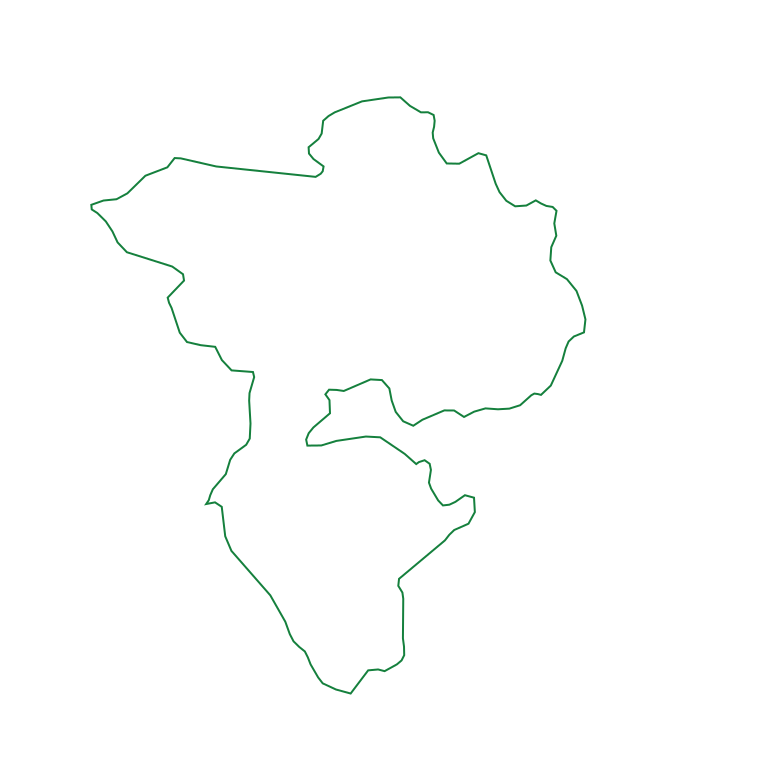 SVG path tracing the border of Bauchi, rotated 161°
{"feature_id": "NGA-2858", "entity_name": "Bauchi", "entity_type": "State", "adm_level": 1, "iso_a3": "NGA", "parent_name": "Nigeria", "parent_adm1": "", "projection": "albers", "projection_center": [9.972, 11.0], "detail": "fine", "context": "isolated", "style": "outline", "palette": "green", "viewbox_px": 768, "rotation_deg": 161, "n_neighbors": 0, "source": "natural_earth", "source_scale": "10m", "svg_char_len": 2278}
<svg xmlns="http://www.w3.org/2000/svg" viewBox="0 0 768 768"><g transform="rotate(161 384 384)"><path d="M589.5,648.8L576.8,645.8L564.6,647.8L541.8,658.6L518.3,659.4L508.4,665.8L502.7,663.5L471.8,644.3L381.2,602.1L375.4,603.4L372.7,605.1L370.3,609.4L377.4,619.6L379.9,626.3L378.2,632.4L366.1,637.0L361.4,641.1L355.8,652.7L349.2,655.4L342.1,656.9L312.8,658.4L286.7,653.5L275.2,649.7L268.9,638.5L260.6,628.8L253.9,626.6L249.5,622.2L250.4,616.4L252.9,610.9L256.1,605.9L257.5,600.3L256.8,584.9L252.9,572.1L241.1,567.8L219.6,571.5L212.9,566.9L213.2,537.0L212.3,527.8L208.7,517.4L202.1,509.3L191.3,506.4L180.7,508.2L176.8,503.6L172.5,499.5L166.9,496.5L164.5,491.6L170.7,480.4L172.8,468.1L181.3,458.9L186.5,446.6L185.3,433.7L176.9,423.6L171.7,409.3L171.2,393.6L172.5,379.5L178.1,367.7L189.0,367.1L195.6,364.1L200.6,358.6L207.9,347.9L226.8,328.2L239.1,322.6L241.8,324.4L245.0,326.0L248.4,325.4L262.2,319.6L273.5,319.9L284.5,323.0L296.0,327.9L307.7,328.5L319.1,326.8L326.3,336.1L335.6,339.4L359.3,337.7L369.9,335.0L378.0,342.5L382.0,353.8L382.1,365.9L380.4,378.0L384.7,388.4L395.2,392.7L424.3,390.5L430.7,393.8L437.8,396.5L442.8,393.3L440.8,386.5L444.6,373.9L464.9,365.9L471.2,362.0L475.7,356.8L476.5,350.7L463.3,346.3L447.6,345.7L418.2,340.2L404.9,334.8L387.2,311.2L379.6,297.8L376.4,298.8L370.4,298.7L366.8,293.7L367.6,287.5L373.6,276.1L373.5,269.7L370.7,256.3L367.8,250.0L361.5,248.6L354.9,249.3L343.7,252.5L335.9,247.2L339.8,233.3L349.6,224.4L365.1,223.1L371.3,220.2L377.3,216.3L433.2,194.9L436.2,188.5L434.5,180.8L435.7,174.7L448.9,137.4L450.6,129.1L453.2,121.0L457.4,116.9L463.1,114.7L476.9,112.3L482.5,116.0L492.2,118.4L516.3,102.2L528.9,110.8L539.4,120.9L541.8,128.0L544.7,142.8L545.0,150.3L545.9,156.9L549.7,162.9L553.3,170.1L554.5,178.2L554.7,191.3L560.3,221.2L582.6,275.9L583.7,291.7L577.4,320.7L582.3,327.1L591.2,328.4L587.5,331.2L584.5,335.4L580.1,340.2L562.9,350.3L554.1,362.4L548.1,367.1L534.1,371.4L528.7,376.1L523.1,390.1L516.9,412.2L514.1,419.2L504.5,432.8L504.0,438.0L523.7,446.5L529.5,459.4L531.5,474.1L544.7,480.4L556.6,487.8L560.4,499.0L560.1,525.1L560.8,530.7L560.4,536.1L539.4,546.9L538.3,553.2L546.0,564.0L584.2,592.3L589.8,604.6L591.1,616.7L594.1,628.3L599.4,639.0L603.5,644.2L602.4,648.7L589.5,648.8Z" fill="none" stroke="#15803d" stroke-width="2"/></g></svg>